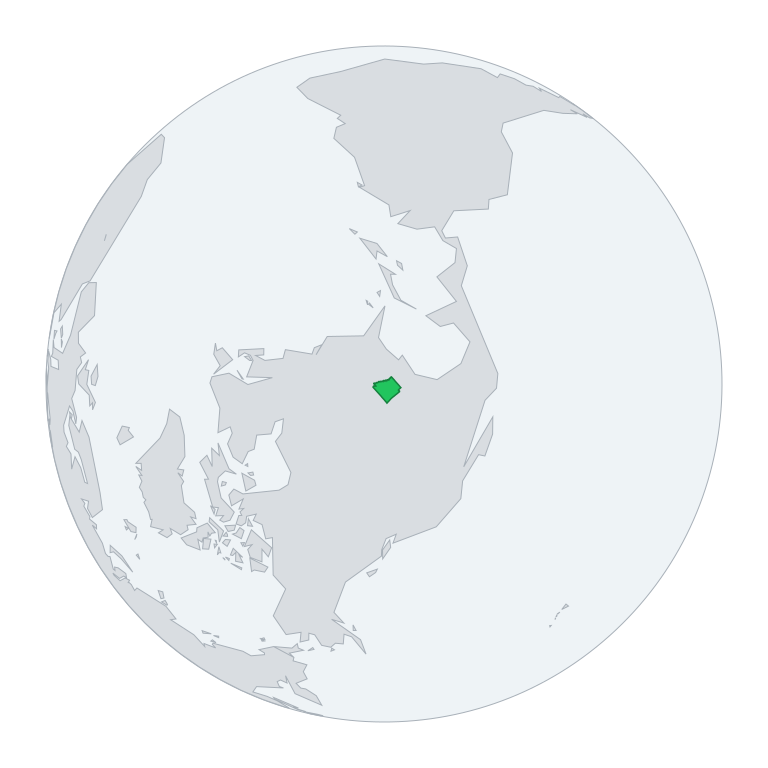 Arkansas highlighted on a globe, orthographic projection, rotated 228°
{"feature_id": "USA-3528", "entity_name": "Arkansas", "entity_type": "State", "adm_level": 1, "iso_a3": "USA", "parent_name": "United States of America", "parent_adm1": "", "projection": "orthographic", "projection_center": [-91.2, 34.755], "detail": "fine", "context": "on_globe", "style": "filled", "palette": "green", "viewbox_px": 768, "rotation_deg": 228, "n_neighbors": 0, "source": "natural_earth", "source_scale": "10m", "svg_char_len": 11943}
<svg xmlns="http://www.w3.org/2000/svg" viewBox="0 0 768 768"><g transform="rotate(228 384 384)"><circle cx="384" cy="384" r="338" fill="#eef3f6" stroke="#a8b0b8"/><path d="M451.3,715.1L441.9,716.8L444.0,715.0L451.7,712.6L446.2,713.3L463.1,706.1L455.4,708.5L465.5,698.0L480.4,685.9L498.2,647.1L492.9,639.9L469.7,634.1L442.1,602.3L450.9,585.5L444.2,578.6L466.0,551.8L459.3,529.5L451.4,527.3L444.0,537.1L416.1,525.0L405.3,507.2L315.6,475.6L305.6,464.8L304.3,448.2L269.1,387.8L286.8,442.9L274.1,431.2L263.0,410.8L268.2,407.0L259.4,377.6L247.4,364.4L242.9,327.3L259.7,284.2L264.2,292.6L267.7,282.1L262.3,271.3L257.8,266.9L262.6,222.8L247.8,194.0L233.2,194.2L244.2,187.6L209.7,195.5L195.3,189.9L217.8,190.8L224.8,186.9L218.1,179.8L223.9,174.4L224.0,168.3L231.5,162.8L244.0,164.7L249.1,161.4L244.1,156.8L248.4,149.0L255.0,156.2L263.3,143.6L285.8,146.6L297.5,173.8L316.2,173.8L344.5,198.3L348.1,192.5L361.1,199.3L370.1,195.5L372.8,202.0L377.6,193.4L373.4,188.3L374.1,183.0L379.0,180.5L383.4,188.1L381.5,190.4L385.3,191.4L385.4,196.4L388.1,192.5L392.8,202.5L395.5,189.2L405.3,194.4L406.4,202.1L396.7,205.6L375.3,235.0L373.4,245.3L380.5,255.6L414.0,264.9L415.9,275.2L425.4,286.0L428.8,277.8L422.5,266.7L431.2,255.2L422.4,243.9L424.7,237.9L419.6,225.3L430.6,222.9L444.2,227.7L449.0,238.3L455.1,241.0L458.9,228.0L475.9,245.9L501.2,255.3L504.5,261.0L495.8,276.0L474.7,282.5L463.4,305.3L481.2,286.7L489.1,302.5L494.8,303.9L500.5,301.2L501.6,293.9L506.5,298.9L490.7,318.4L486.1,314.1L491.1,307.7L481.2,311.3L470.6,326.1L475.5,333.7L454.4,350.5L457.6,356.5L454.8,364.1L451.2,353.1L457.3,373.6L433.4,401.1L441.4,437.0L422.2,411.0L408.4,409.1L392.2,411.0L393.2,416.9L370.4,413.5L351.7,426.4L347.7,454.8L357.8,476.1L382.8,476.5L389.1,464.3L406.7,460.8L396.9,493.1L428.2,495.0L426.7,518.0L436.2,528.5L451.1,523.7L466.9,526.8L477.0,512.1L493.9,501.6L495.4,519.5L503.8,501.0L513.8,507.5L546.6,497.4L544.4,502.3L572.2,513.8L600.1,511.1L606.6,520.4L603.5,529.4L612.6,527.0L612.7,531.7L647.1,518.4L662.8,517.8L660.9,533.6L645.2,560.9L625.0,602.0L595.2,627.5L583.6,642.2L553.3,667.1L535.8,673.3L536.7,677.8L523.6,685.2L511.1,689.5L505.5,694.0L496.0,696.8L499.9,697.4L479.9,705.5L480.1,707.1L464.3,711.9L464.8,712.1L460.5,713.1L454.9,714.4L453.5,714.7L451.3,715.1ZM95.5,372.5L97.5,365.2L98.7,372.0L95.5,372.5ZM97.2,359.3L96.8,362.1L96.8,359.4L97.2,359.3ZM96.1,356.4L96.9,358.5L95.7,356.8L96.1,356.4ZM94.4,353.4L95.4,354.7L95.2,354.9L94.4,353.4ZM441.1,449.2L476.8,460.5L457.9,465.9L461.2,462.3L451.9,456.7L435.0,452.6L418.0,458.2L441.1,449.2ZM92.7,346.7L92.4,344.8L93.6,345.4L92.7,346.7ZM453.9,427.4L447.8,426.9L453.6,425.9L453.9,427.4ZM254.9,266.0L261.6,271.8L264.3,283.9L258.1,279.6L254.9,266.0ZM250.5,244.2L255.2,244.8L250.9,255.2L249.5,251.6L250.5,244.2ZM221.4,196.2L225.7,199.8L219.5,198.3L221.4,196.2ZM222.7,168.4L219.6,169.3L220.9,165.8L222.7,168.4ZM413.8,227.6L416.6,226.5L416.1,229.4L413.8,227.6ZM408.9,223.4L406.3,227.6L403.6,226.2L405.3,223.7L408.9,223.4ZM233.6,154.4L236.7,148.9L235.8,154.7L233.6,154.4ZM412.8,218.7L399.1,223.4L394.4,221.1L396.9,209.7L412.8,218.7ZM240.0,146.0L247.3,133.6L241.1,134.1L262.7,126.3L249.3,138.9L249.1,145.8L245.1,143.6L240.0,146.0ZM370.0,187.8L374.7,193.1L366.2,191.1L370.0,187.8ZM364.4,187.9L337.5,190.9L333.0,182.4L342.9,182.8L333.5,174.3L344.6,168.6L352.2,172.0L352.9,178.5L356.6,171.5L364.4,187.9ZM273.5,124.4L277.1,122.0L275.7,125.0L273.5,124.4ZM373.8,180.8L368.7,181.9L364.5,174.5L373.8,171.0L372.2,174.5L373.8,180.8ZM325.6,175.2L324.1,169.4L332.6,163.1L333.2,160.1L344.4,167.8L325.6,175.2ZM375.6,174.9L378.7,169.5L385.1,170.9L378.4,179.3L375.6,174.9ZM359.5,174.2L357.9,170.6L361.8,171.4L359.5,174.2ZM409.7,173.7L403.8,174.6L401.1,170.7L409.7,173.7ZM379.4,167.5L377.1,167.0L375.4,165.8L378.7,162.7L379.4,167.5ZM349.7,163.0L353.6,161.8L345.5,159.5L351.6,155.1L358.0,161.2L357.8,156.8L359.7,155.5L362.8,162.0L349.7,163.0ZM376.7,155.9L386.9,162.9L398.6,161.8L401.3,165.0L382.1,166.4L376.7,155.9ZM368.3,158.8L374.1,157.7L374.6,162.1L370.8,165.6L368.3,158.8ZM353.4,150.2L342.5,155.3L341.4,153.8L353.4,150.2ZM380.0,154.6L377.5,153.0L380.8,154.0L380.0,154.6ZM361.5,150.4L357.8,152.3L356.7,150.6L361.5,150.4ZM375.6,148.5L378.8,150.6L376.4,152.9L375.6,148.5ZM369.1,148.6L368.5,145.8L373.6,152.4L367.6,149.7L369.1,148.6ZM361.1,148.5L359.3,148.1L362.9,148.0L361.1,148.5ZM382.9,138.9L389.9,146.6L384.5,151.6L378.5,143.2L382.9,138.9ZM447.6,715.9L442.1,716.8L449.2,715.6L447.6,715.9ZM457.9,713.7L462.7,712.6L463.9,712.3L457.9,713.7ZM615.8,138.1L621.5,143.7L615.7,139.2L590.4,116.7L581.1,109.5L615.8,138.1ZM568.5,100.9L571.8,103.6L558.8,95.5L572.6,104.8L573.1,104.5L581.7,110.7L581.8,111.5L577.2,108.3L581.1,112.3L601.9,127.7L604.7,129.0L619.9,145.2L626.0,149.4L633.0,156.9L625.4,152.9L619.9,148.3L612.5,151.9L619.7,157.8L627.1,155.3L628.5,158.4L638.3,168.0L631.9,163.2L621.8,165.7L630.1,183.8L655.0,220.7L656.8,232.4L651.9,238.1L628.5,214.6L627.0,191.5L618.7,184.2L606.7,183.0L607.3,176.5L602.2,173.6L600.4,165.5L585.9,150.1L582.2,142.2L564.9,133.2L560.6,128.3L572.1,134.7L578.1,135.6L567.7,118.3L562.3,114.0L551.8,109.9L550.2,106.2L541.5,104.6L529.7,94.9L536.7,105.7L524.6,102.6L511.2,95.9L508.4,97.1L530.3,108.4L537.9,111.3L542.4,110.5L564.1,122.0L570.2,128.8L552.2,125.3L558.9,135.1L541.9,129.2L493.3,100.3L479.0,90.7L479.9,77.9L489.9,80.4L494.6,86.0L501.0,82.3L495.4,81.8L494.1,79.2L482.2,76.7L480.7,74.8L471.8,76.1L468.7,73.5L474.3,72.8L454.1,68.2L444.4,63.6L440.5,63.6L439.1,64.9L427.7,59.0L425.4,59.3L428.2,61.3L425.3,63.4L415.9,65.3L412.4,63.1L415.4,62.1L416.5,57.4L424.9,56.0L422.5,55.4L414.4,56.2L413.1,61.8L408.4,63.6L407.5,60.5L407.5,61.7L404.0,62.0L397.4,60.5L397.7,63.9L364.7,73.2L348.6,72.2L351.6,67.7L324.9,74.9L308.9,75.1L311.6,76.6L300.5,82.3L305.4,82.2L305.8,83.5L279.8,100.3L271.0,103.3L262.8,114.1L264.1,115.2L270.2,113.4L262.7,126.3L241.1,134.1L239.1,131.2L226.9,138.8L224.2,131.5L216.3,129.6L220.4,118.4L213.7,118.7L209.7,121.8L197.7,125.1L186.9,122.8L213.4,110.7L233.1,115.6L226.6,111.9L233.3,109.0L234.3,105.5L229.2,103.8L225.4,105.9L244.4,86.8L242.9,80.5L230.1,88.1L219.7,92.8L206.7,96.7L209.9,94.4L230.6,82.9L252.0,72.9L274.0,64.5L296.6,57.6L319.6,52.3L343.0,48.6L366.5,46.5L390.1,46.1L413.7,47.4L437.2,50.3L460.4,54.8L483.2,61.0L505.5,68.7L527.3,77.9L548.3,88.7L568.5,100.9ZM718.9,339.1L719.1,340.7L718.6,385.6L713.9,385.7L697.5,366.1L694.3,344.9L685.8,329.1L657.3,234.6L660.2,226.8L647.9,187.1L648.0,184.5L659.2,197.6L657.8,186.4L645.8,170.9L641.8,165.5L656.7,184.4L670.2,204.3L682.3,225.1L692.8,246.8L701.8,269.1L709.2,292.0L714.9,315.4L718.9,339.1ZM677.5,272.0L680.7,277.3L680.8,277.3L677.5,272.0ZM547.6,496.9L551.7,499.1L546.6,500.8L547.6,496.9ZM456.0,474.2L463.2,473.5L467.2,475.8L461.8,477.7L456.0,474.2ZM514.8,462.6L522.7,462.2L514.8,465.9L514.8,462.6ZM482.2,461.7L508.5,463.6L493.1,472.8L476.4,471.7L487.5,467.8L482.2,461.7ZM452.0,439.4L456.7,440.1L455.8,443.9L452.0,439.4ZM458.1,426.7L456.4,427.3L453.8,424.7L458.1,426.7ZM490.0,301.3L491.4,299.9L497.6,298.7L495.4,302.3L490.0,301.3ZM520.0,277.4L527.2,286.1L520.6,282.0L519.1,288.1L503.3,287.8L505.3,263.9L507.2,274.5L520.0,277.4ZM482.8,281.9L492.6,284.0L481.8,282.7L482.8,281.9ZM576.0,168.4L579.4,166.5L585.9,171.6L590.4,183.9L581.0,176.5L576.0,168.4ZM582.6,162.9L563.4,157.2L559.8,150.1L565.1,154.9L564.6,150.7L573.0,157.5L588.3,157.2L595.1,161.8L599.8,180.7L594.5,171.6L591.6,173.7L582.6,162.9ZM520.7,162.9L512.3,162.4L515.4,147.2L522.8,149.5L527.9,161.3L522.0,165.6L520.7,162.9ZM419.7,198.6L416.3,200.9L415.1,198.6L417.0,194.8L419.7,198.6ZM407.2,174.4L433.3,186.9L430.7,189.9L449.1,194.7L449.5,204.7L437.6,201.1L451.6,213.0L441.0,213.8L451.3,221.2L424.7,212.1L415.8,214.0L425.6,207.9L425.5,198.4L422.8,194.9L408.3,186.7L389.0,187.0L385.8,178.4L388.7,172.3L392.8,170.9L393.6,176.7L398.6,170.7L402.9,178.2L407.2,174.4ZM424.3,116.8L423.4,122.3L434.2,115.1L438.6,121.1L439.5,119.9L446.5,123.6L456.7,126.4L457.2,129.5L460.9,129.3L465.6,132.1L470.9,133.0L473.8,139.1L480.5,140.9L478.0,142.9L488.8,144.4L482.0,146.1L487.5,150.4L491.1,146.5L493.7,181.4L499.9,196.0L508.8,207.8L496.1,210.2L479.6,201.2L463.3,187.5L459.1,173.6L454.1,177.7L450.6,172.4L456.0,171.4L445.6,169.9L444.1,165.4L429.5,155.8L415.4,157.4L409.7,154.2L414.6,151.4L405.5,150.4L410.8,143.1L406.8,140.9L408.1,132.0L419.7,128.5L414.4,126.3L415.0,120.0L424.3,116.8ZM383.7,136.3L396.5,129.8L405.3,130.2L399.5,145.8L402.3,148.8L398.9,159.6L386.4,159.1L388.5,156.0L387.6,152.9L391.9,154.2L387.8,150.8L390.6,146.6L388.3,142.9L393.1,141.7L383.7,136.3ZM642.2,176.5L641.2,173.8L638.2,168.7L644.3,175.0L642.2,176.5ZM635.8,178.4L634.0,174.9L641.3,180.5L642.3,183.7L635.8,178.4ZM626.9,168.7L633.4,174.3L630.5,173.2L626.9,168.7ZM569.8,131.7L567.2,128.3L569.3,128.8L573.6,131.6L569.8,131.7ZM457.2,99.9L455.3,102.2L453.0,101.5L443.4,103.9L439.5,100.2L443.7,97.2L457.2,99.9ZM632.9,156.1L629.8,152.2L634.6,157.9L632.9,156.1ZM451.3,96.2L447.8,97.5L447.9,94.9L451.3,96.2ZM436.1,97.6L435.2,94.6L437.9,100.0L436.1,97.6ZM412.3,71.4L430.1,71.7L440.3,70.7L441.9,67.6L447.3,72.6L431.6,74.2L412.3,71.4ZM370.9,72.9L369.6,76.5L365.1,75.6L364.8,74.7L370.9,72.9ZM373.7,74.6L381.6,78.0L377.6,80.5L372.2,77.3L373.7,74.6ZM417.1,85.2L422.6,85.4L422.3,87.4L417.1,85.2ZM182.8,112.5L182.7,112.6L181.9,113.1L182.8,112.5ZM187.8,108.8L194.6,104.9L182.6,113.9L178.2,116.8L179.8,114.9L186.1,110.2L186.8,109.6L187.8,108.8ZM192.9,106.7L199.0,102.4L223.0,91.9L225.0,92.2L200.4,103.6L204.9,100.3L201.1,101.7L192.9,106.7ZM274.5,121.3L276.9,122.0L273.1,123.1L274.5,121.3ZM308.8,83.3L308.7,85.3L304.2,86.1L308.8,83.3ZM306.1,91.4L311.2,89.0L307.2,92.4L306.1,91.4ZM322.4,83.8L313.9,88.5L319.9,82.8L322.4,83.8Z" fill="#d9dde1" stroke="#a8b0b8" stroke-width="1"/><path d="M388.3,382.5L388.5,382.7L388.5,383.0L388.3,383.2L388.1,383.3L387.6,383.6L387.6,383.9L387.6,384.0L387.4,384.1L387.2,384.1L387.0,384.4L386.9,384.7L387.0,385.1L387.0,385.6L387.0,385.8L386.9,385.9L386.8,386.1L386.6,386.2L386.5,386.3L386.3,386.3L386.2,386.3L386.1,386.2L386.1,386.3L386.2,386.5L386.1,386.8L385.9,386.8L385.6,387.2L385.6,387.3L385.3,387.5L385.2,387.5L385.5,387.9L385.6,388.1L385.4,388.2L385.3,388.3L385.2,388.3L384.9,388.4L384.6,388.5L384.8,388.9L384.7,389.0L384.7,389.3L384.8,389.5L384.7,389.7L384.4,389.7L384.3,389.9L384.2,389.9L384.0,390.2L383.9,390.2L383.9,390.3L384.0,390.4L384.2,390.5L384.3,390.8L384.2,390.9L384.0,391.0L383.9,391.0L384.0,391.2L384.1,391.3L384.4,391.5L384.4,391.8L384.3,392.0L384.1,392.3L384.1,392.5L384.4,392.6L384.5,392.8L384.5,393.1L384.5,393.3L384.5,393.5L384.4,393.5L384.2,393.6L384.2,394.3L383.2,394.3L382.3,394.3L381.4,394.3L380.6,394.3L379.7,394.3L378.8,394.2L377.9,394.2L377.0,394.2L376.1,394.2L375.3,394.2L374.4,394.2L373.5,394.2L372.6,394.2L371.7,394.1L370.8,394.1L370.0,394.1L370.0,393.4L370.0,392.7L370.0,392.0L370.0,391.3L370.0,390.9L369.9,390.8L369.8,390.7L369.7,390.8L369.5,390.7L369.3,390.6L369.2,390.7L368.9,390.6L368.7,390.7L368.7,390.8L368.4,390.8L368.3,390.7L368.2,390.7L368.0,390.4L367.9,390.3L368.0,389.0L368.0,387.7L368.1,386.4L368.2,385.1L368.2,383.9L368.3,382.6L368.4,381.3L368.4,380.0L368.4,379.2L368.3,378.4L368.2,377.6L368.1,376.7L368.0,375.9L368.0,375.1L367.9,374.3L367.8,373.4L369.1,373.5L370.4,373.5L371.7,373.6L373.0,373.6L374.3,373.6L375.6,373.6L376.9,373.7L378.2,373.7L379.5,373.7L380.8,373.7L382.1,373.7L382.3,373.7L383.4,373.7L384.7,373.7L386.0,373.7L387.3,373.7L388.6,373.7L388.9,373.7L389.0,373.8L389.1,374.0L389.3,374.3L389.4,374.5L389.4,374.9L389.4,375.0L389.2,375.1L389.1,375.3L388.9,375.5L388.7,375.5L388.6,375.8L388.4,375.9L388.3,376.0L388.2,376.1L388.1,376.3L387.9,376.6L388.3,376.7L389.0,376.7L389.6,376.7L390.3,376.6L391.0,376.6L391.1,376.8L391.3,376.9L391.3,377.1L391.2,377.2L390.9,377.1L390.8,377.3L391.0,377.5L390.8,377.8L390.0,378.2L390.0,378.3L390.0,378.5L390.1,378.8L390.0,379.0L390.1,379.3L389.9,379.4L389.7,379.5L389.7,379.8L389.6,380.0L389.3,380.3L389.2,380.3L389.2,380.5L389.2,380.8L389.3,381.2L389.4,381.4L389.4,381.7L389.3,381.8L389.2,381.8L388.9,381.8L388.9,382.0L388.7,382.3L388.4,382.4L388.3,382.5L388.3,382.5Z" fill="#22c55e" stroke="#15803d" stroke-width="1.5"/></g></svg>